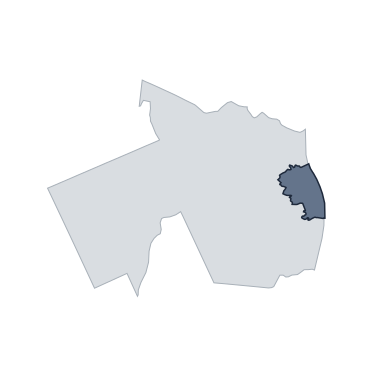 location of Escuintla within Guatemala, rotated 245°
{"feature_id": "GTM-1950", "entity_name": "Escuintla", "entity_type": "Department", "adm_level": 1, "iso_a3": "GTM", "parent_name": "Guatemala", "parent_adm1": "", "projection": "albers", "projection_center": [-91.003, 14.2], "detail": "fine", "context": "in_parent", "style": "filled", "palette": "slate", "viewbox_px": 384, "rotation_deg": 245, "n_neighbors": 0, "source": "natural_earth", "source_scale": "10m", "svg_char_len": 3908}
<svg xmlns="http://www.w3.org/2000/svg" viewBox="0 0 384 384"><g transform="rotate(245 192 192)"><path d="M69.5,270.0L71.2,268.4L72.5,264.6L74.2,260.8L73.2,256.3L72.6,252.7L74.5,247.4L74.4,243.5L75.3,241.1L78.1,239.5L79.5,236.5L71.7,226.1L71.7,223.7L72.7,220.8L79.2,209.8L86.9,196.7L95.4,182.2L100.4,173.5L118.9,173.5L131.1,173.5L146.6,173.5L163.4,173.5L174.4,173.5L179.0,173.4L178.2,167.7L178.8,161.4L180.8,155.7L180.8,153.2L177.5,150.1L171.1,148.3L167.6,145.6L167.5,142.2L166.0,138.0L162.9,133.1L156.5,128.1L146.8,123.0L138.5,116.2L131.7,107.6L126.0,102.0L121.5,99.7L120.5,98.5L133.5,98.6L145.7,98.7L145.8,86.4L145.9,75.4L146.0,63.0L168.2,63.0L194.7,63.0L222.2,62.9L243.8,62.8L256.5,62.7L256.0,78.0L255.5,95.8L255.1,108.9L254.6,126.3L254.0,144.2L253.3,168.5L252.8,184.3L253.1,184.6L260.3,183.8L271.1,184.4L273.7,184.3L277.0,185.7L279.6,186.1L285.1,189.6L291.5,192.2L295.6,186.7L293.4,183.5L291.8,181.8L292.0,180.4L314.5,194.2L311.8,196.4L306.2,201.4L296.0,210.1L286.9,217.8L278.0,224.8L270.1,231.2L269.1,231.8L259.0,236.3L257.3,238.4L255.2,247.2L254.2,249.4L256.1,254.3L258.0,261.9L257.4,265.8L250.4,270.8L247.2,275.2L245.8,278.0L244.5,277.3L242.4,277.1L237.3,278.2L234.9,278.5L232.9,279.7L232.7,282.5L234.1,286.9L234.6,289.2L233.2,290.2L227.0,292.9L224.5,295.6L222.2,299.6L219.5,301.4L216.6,301.1L214.6,301.7L210.3,304.8L203.9,310.7L200.4,315.1L200.4,318.4L201.0,321.3L177.4,311.0L169.5,309.2L136.3,309.4L122.1,305.3L105.9,297.4L95.0,290.2L69.5,270.0Z" fill="#d9dde1" stroke="#a8b0b8" stroke-width="1"/><path d="M168.2,309.7L167.6,309.6L163.3,309.2L158.6,309.7L157.9,309.9L150.8,310.4L142.6,310.2L135.1,309.4L125.9,307.5L111.4,301.1L112.8,301.6L112.8,301.1L112.6,300.1L112.6,299.8L112.7,299.5L115.7,295.1L116.2,294.0L116.5,293.5L116.9,293.2L117.2,292.7L117.3,291.7L117.2,289.1L117.0,287.6L116.9,287.1L117.0,286.3L117.1,285.9L117.2,285.7L117.8,285.3L118.3,285.6L118.5,285.9L118.7,286.4L118.7,286.6L118.9,286.6L119.2,286.5L119.6,286.3L119.8,286.1L119.9,285.9L119.9,285.6L119.6,285.0L119.4,284.7L119.3,284.2L119.3,283.8L119.3,283.4L119.5,282.8L119.6,282.5L119.7,282.4L119.9,282.2L121.6,280.9L121.9,280.7L122.4,280.6L122.7,280.7L122.9,280.9L123.3,281.5L123.4,281.8L123.4,282.1L123.0,282.7L122.9,282.9L122.9,283.0L122.9,283.4L123.0,283.5L123.3,283.9L123.4,284.1L123.4,284.3L123.3,284.9L123.3,285.1L123.3,285.4L123.5,285.6L123.7,285.9L124.0,286.1L124.3,286.2L124.7,286.2L125.3,286.2L125.8,285.9L126.9,284.7L127.6,285.3L127.3,286.9L127.6,287.0L134.8,287.5L135.2,287.2L135.7,286.2L136.0,285.8L136.1,285.5L136.2,285.1L136.3,282.1L136.7,281.0L138.5,277.5L139.3,278.1L139.5,278.2L139.8,278.4L140.1,278.4L140.6,278.4L140.9,278.3L141.1,278.2L141.9,277.7L142.1,277.7L142.3,277.6L142.7,277.7L143.0,277.9L143.6,278.4L144.0,278.7L144.3,278.8L144.8,278.8L145.0,278.7L145.5,278.3L145.7,278.1L145.9,278.0L146.1,278.1L146.2,278.4L146.3,279.4L146.3,279.9L146.4,280.1L146.5,280.3L146.6,280.5L147.1,280.3L148.2,277.9L148.6,277.0L148.7,276.8L149.1,276.3L150.4,275.0L152.0,273.7L153.8,275.3L154.3,275.8L154.4,276.0L154.9,277.2L155.7,278.4L156.1,278.9L156.4,279.1L158.0,277.7L158.4,277.2L158.5,277.1L158.8,276.5L159.1,276.1L159.3,275.9L159.9,275.6L160.8,275.6L161.1,275.4L161.4,274.9L161.8,274.8L162.1,275.0L162.8,276.6L166.8,275.0L167.6,277.4L168.5,278.2L169.0,278.3L169.8,278.3L170.1,278.4L170.4,279.2L170.8,282.5L170.7,284.6L170.9,285.4L171.7,287.1L172.0,288.5L171.1,289.3L170.8,290.1L170.6,290.7L170.6,291.1L170.7,291.3L170.8,291.3L171.1,291.4L171.9,291.6L172.3,291.6L172.7,291.6L172.9,291.5L173.8,291.2L174.1,291.2L174.3,291.2L174.9,291.5L175.0,291.7L175.1,291.9L174.3,292.8L173.3,293.8L172.9,294.0L171.6,294.3L171.2,294.5L171.2,295.4L171.4,295.8L171.6,295.9L172.5,296.7L172.6,297.0L172.5,297.4L172.3,297.6L172.1,297.8L171.3,298.3L171.0,298.6L170.5,299.5L170.3,300.1L170.2,300.2L170.0,300.3L169.3,300.4L168.6,300.6L168.4,300.9L168.2,301.2L168.2,309.0L168.2,309.7Z" fill="#64748b" stroke="#1e293b" stroke-width="1.5"/></g></svg>